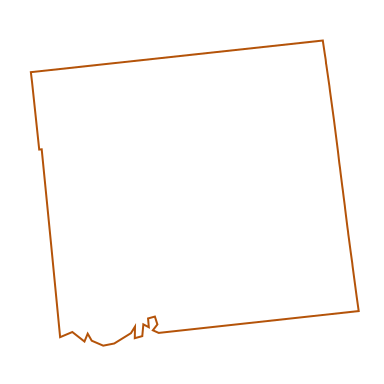 Vernon, Missouri, United States of America (Natural Earth projection), rotated 172°
{"feature_id": "52423323B19067451424478", "entity_name": "Vernon", "entity_type": "district", "adm_level": 2, "iso_a3": "USA", "parent_name": "United States of America", "parent_adm1": "Missouri", "projection": "natural_earth1", "projection_center": [-94.432, 37.85], "detail": "fine", "context": "isolated", "style": "outline", "palette": "amber", "viewbox_px": 384, "rotation_deg": 172, "n_neighbors": 0, "source": "geoboundaries", "source_scale": "gbopen_adm2", "svg_char_len": 782}
<svg xmlns="http://www.w3.org/2000/svg" viewBox="0 0 384 384"><g transform="rotate(172 192 192)"><path d="M43.5,66.3L43.3,96.3L43.2,99.4L43.2,110.7L43.1,123.8L43.1,124.8L43.1,128.6L43.0,131.0L43.0,133.7L43.0,135.4L42.8,147.6L42.7,154.0L42.6,157.1L42.5,167.2L42.4,172.9L42.4,176.8L42.3,183.1L42.2,190.8L42.1,195.1L42.1,200.3L41.8,212.4L41.4,243.6L41.3,272.7L41.2,277.7L41.3,299.2L41.4,300.9L41.3,301.6L41.2,304.6L41.3,310.7L41.4,323.7L41.4,323.8L334.9,333.1L335.1,323.3L337.4,255.3L334.9,255.2L338.9,157.7L342.8,66.6L330.0,70.0L319.3,58.9L315.0,66.2L312.0,58.7L301.3,52.2L290.1,52.8L272.1,60.7L267.2,66.6L269.0,55.2L261.3,56.2L258.6,67.7L253.6,64.1L253.1,72.9L246.1,73.8L244.7,65.7L250.0,60.5L244.6,57.1L43.5,50.9L43.5,66.3Z" fill="none" stroke="#b45309" stroke-width="2"/></g></svg>